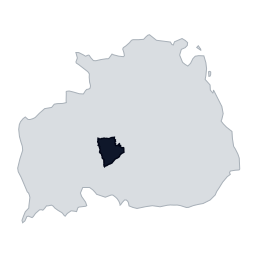 location of Sandan, Kâmpóng Thum, Cambodia, rotated 179°
{"feature_id": "14789045B38871502259240", "entity_name": "Sandan", "entity_type": "district", "adm_level": 2, "iso_a3": "KHM", "parent_name": "Cambodia", "parent_adm1": "Kâmpóng Thum", "projection": "albers", "projection_center": [105.429, 13.113], "detail": "fine", "context": "in_parent", "style": "filled", "palette": "ink", "viewbox_px": 256, "rotation_deg": 179, "n_neighbors": 0, "source": "geoboundaries", "source_scale": "gbopen_adm2", "svg_char_len": 6510}
<svg xmlns="http://www.w3.org/2000/svg" viewBox="0 0 256 256"><g transform="rotate(179 128 128)"><path d="M235.0,35.1L235.6,37.5L233.9,42.0L232.1,46.1L228.6,49.7L228.4,52.3L227.3,60.2L227.8,62.7L228.6,64.8L229.8,65.9L232.9,73.6L235.7,80.5L238.5,86.2L239.0,89.8L236.6,99.0L233.7,107.5L234.0,111.7L235.3,115.9L236.7,121.5L237.3,128.6L236.6,133.3L235.3,136.2L232.7,139.2L230.5,140.8L227.8,138.3L225.7,138.2L222.9,139.0L220.6,140.1L216.1,144.5L211.0,148.8L204.0,149.9L201.3,153.1L198.4,153.6L192.8,153.7L189.2,154.5L189.4,156.1L189.1,163.6L189.2,165.3L188.6,165.8L186.1,166.0L181.9,164.9L176.1,163.1L172.0,162.8L169.9,166.0L168.6,167.3L167.1,167.5L165.5,168.1L164.9,169.6L164.8,171.4L165.6,174.5L165.9,179.4L165.7,182.8L167.2,185.0L176.0,192.1L178.6,193.9L178.9,195.0L177.4,198.9L178.8,204.4L176.0,204.3L171.4,201.9L169.2,200.5L166.5,201.6L165.6,201.4L163.8,198.7L161.4,196.0L159.0,195.8L153.8,196.9L148.6,197.6L146.6,197.6L145.8,198.1L142.7,202.2L141.4,201.5L136.1,200.0L131.3,199.4L130.3,200.4L130.9,203.8L131.9,207.0L131.3,208.4L128.7,210.1L125.1,213.2L123.0,215.6L121.5,216.2L116.1,216.1L110.8,216.4L108.7,218.6L106.6,220.4L104.9,220.9L98.0,215.2L84.1,213.2L82.7,210.7L81.3,210.2L80.0,213.4L72.4,216.5L69.3,214.6L66.9,212.3L67.3,209.5L69.5,207.3L73.3,205.7L75.1,200.0L72.3,192.7L69.8,190.6L67.1,188.9L64.3,191.6L61.9,196.2L59.5,198.6L56.0,199.1L50.9,198.8L49.0,191.9L48.4,186.0L49.2,179.2L50.0,175.2L45.2,169.6L45.0,164.4L42.6,161.6L41.9,163.0L42.0,164.5L41.3,163.4L33.8,147.9L32.6,140.7L34.0,135.2L34.8,133.3L32.6,130.4L29.5,127.1L24.1,122.7L23.8,115.8L22.7,107.8L21.0,105.0L18.6,100.0L17.3,95.9L17.0,85.0L17.7,84.1L21.5,83.9L26.5,83.2L27.3,81.4L26.5,79.9L29.7,77.5L34.3,72.2L37.9,66.6L40.4,63.0L42.0,59.5L47.1,54.6L54.2,51.2L59.0,50.4L64.0,49.3L68.8,47.6L71.0,47.5L76.9,49.5L80.1,50.1L83.5,50.1L87.0,50.3L90.0,50.1L97.3,48.7L105.0,49.9L111.9,49.0L120.4,47.4L124.5,48.5L128.3,50.1L128.9,53.4L129.7,54.9L131.0,56.1L132.7,56.1L134.9,53.8L136.7,51.4L137.3,51.0L137.4,52.2L138.3,54.7L139.9,57.3L141.5,59.0L144.3,61.2L146.0,61.3L151.9,59.2L160.6,62.3L161.6,63.8L164.4,66.9L167.5,69.2L174.3,69.3L176.7,63.8L175.6,60.4L171.7,54.6L170.6,51.1L171.8,50.5L178.4,49.8L179.5,49.1L180.9,45.3L182.7,45.7L186.3,46.2L190.2,43.6L192.4,40.9L193.7,42.1L195.0,44.0L196.5,45.1L199.3,46.8L202.4,49.1L204.3,51.3L205.8,52.2L209.7,51.5L210.8,51.6L213.0,48.8L214.6,47.3L215.9,47.8L217.9,47.7L222.0,44.2L224.3,41.0L225.5,40.1L229.2,41.6L230.6,41.3L232.7,36.9L235.0,35.1ZM46.5,182.8L45.8,183.2L45.0,183.1L44.3,182.5L44.4,180.0L45.0,178.5L46.2,178.2L46.5,182.8ZM57.9,207.3L56.3,209.0L53.9,205.5L53.9,204.5L57.9,207.3Z" fill="#d9dde1" stroke="#a8b0b8" stroke-width="1"/><path d="M132.8,108.4L133.3,108.4L133.9,108.4L134.7,108.3L134.8,108.4L135.0,108.5L135.2,108.8L135.3,108.9L135.4,109.0L135.5,109.1L135.7,109.3L135.9,109.4L135.9,109.5L136.1,109.5L136.3,109.6L136.3,109.8L136.4,110.1L136.5,110.2L136.4,110.3L136.5,110.3L136.4,110.4L136.5,110.4L136.6,110.5L136.8,110.6L137.0,110.7L137.0,110.9L137.1,111.0L136.8,111.3L136.7,111.4L136.7,111.7L136.8,111.7L136.9,111.8L137.0,112.0L137.0,112.3L137.2,112.2L137.1,111.9L137.1,111.6L137.3,111.5L137.4,111.4L137.5,111.4L137.7,111.5L137.8,111.5L137.9,111.4L138.0,111.3L138.1,111.2L138.3,110.9L138.6,110.8L138.9,110.7L139.1,110.7L139.4,110.7L139.8,110.6L140.1,110.6L140.6,110.6L140.8,111.0L140.9,111.3L141.0,111.7L141.0,111.8L140.9,112.2L140.8,112.6L141.0,112.6L141.3,112.7L141.4,112.8L141.4,113.3L141.4,113.9L141.2,114.5L140.8,114.9L140.9,115.0L141.0,115.1L141.1,115.4L141.1,115.5L141.1,115.8L140.8,116.2L140.8,116.3L141.0,116.4L141.3,116.7L141.5,116.8L141.8,117.3L141.9,117.8L142.0,118.3L142.0,118.5L141.8,118.7L141.8,118.8L142.0,118.7L142.2,118.8L142.4,118.6L142.7,118.6L142.8,118.6L143.1,118.8L143.2,118.7L143.3,118.7L143.5,118.7L143.9,118.7L144.1,118.7L144.4,118.7L144.7,118.7L144.9,118.7L145.0,118.6L145.4,118.4L145.7,118.3L146.0,118.2L146.3,118.0L146.4,117.9L146.7,117.6L146.8,117.6L147.0,117.7L147.4,117.7L147.6,117.7L147.9,117.7L148.3,117.7L148.6,117.9L149.0,117.9L149.3,117.9L149.5,117.9L149.6,118.0L149.8,118.0L150.1,117.9L150.3,117.9L150.5,117.9L150.8,117.9L151.0,117.9L151.0,118.0L151.3,118.1L151.5,118.2L151.8,118.1L152.0,118.2L152.5,118.2L153.0,118.0L153.1,117.9L153.2,118.0L153.5,117.8L153.8,117.9L154.1,117.9L154.3,117.9L154.6,117.9L154.8,117.7L154.9,117.8L155.0,117.8L155.1,117.7L155.3,117.6L155.5,117.5L155.6,117.4L155.8,117.3L156.0,117.4L156.3,117.3L156.5,117.4L156.8,117.4L157.0,117.4L157.1,117.5L157.2,117.9L157.3,117.9L157.3,118.0L157.6,118.1L157.8,118.1L158.1,118.2L158.1,117.9L158.1,117.7L158.3,117.4L158.2,117.0L158.0,116.9L157.9,116.7L157.8,116.4L158.1,116.1L158.3,115.8L158.4,115.5L158.5,115.1L158.4,114.6L158.4,114.4L158.2,114.0L158.1,113.6L157.9,113.5L157.4,113.4L157.3,113.2L157.1,112.7L157.1,112.4L157.3,112.3L157.4,112.2L157.7,112.1L157.8,111.7L158.0,111.5L158.0,111.3L158.1,111.2L157.8,110.9L157.4,110.5L157.1,110.4L156.8,110.3L156.6,110.0L156.6,109.9L156.6,109.7L156.9,109.1L156.9,108.9L156.7,108.5L156.5,107.8L156.2,107.0L156.2,106.8L156.1,106.6L156.3,106.4L156.4,106.0L156.4,105.8L156.5,105.7L156.5,105.4L156.6,105.2L156.7,104.9L156.8,104.7L156.8,104.3L156.7,104.2L156.4,104.0L156.4,103.7L156.2,103.5L155.8,103.3L155.6,103.1L155.4,103.1L155.3,102.8L155.2,102.7L154.8,102.1L154.8,101.7L154.7,101.3L154.6,100.9L154.3,100.1L154.2,99.8L154.2,99.6L154.3,99.2L154.3,98.9L154.3,98.7L154.2,98.3L153.4,97.5L152.6,97.1L152.6,96.9L152.7,96.5L152.7,96.3L152.7,96.2L152.7,95.9L152.7,95.7L152.6,95.4L152.7,95.2L152.6,94.8L152.5,94.5L152.5,94.4L152.7,94.2L152.6,93.7L152.5,93.3L152.5,93.2L152.6,92.9L152.6,92.7L152.7,92.3L152.7,92.1L152.7,91.9L152.7,91.5L152.7,91.3L152.5,91.2L152.5,90.9L152.4,90.6L152.5,90.3L152.5,90.2L152.4,90.1L152.2,89.9L152.1,89.7L151.9,89.9L151.9,90.1L151.6,90.4L151.4,90.4L150.5,90.7L150.4,90.7L149.7,90.9L149.6,91.0L149.2,91.3L148.7,91.6L148.4,91.8L148.1,91.9L147.8,92.1L147.3,92.2L147.0,92.4L146.3,92.5L145.8,92.8L145.0,93.2L144.6,93.4L144.4,93.6L144.2,94.1L144.0,94.3L143.8,94.4L143.6,94.8L143.1,95.2L142.9,95.4L142.7,95.8L142.4,96.0L142.1,96.4L141.4,97.1L141.3,97.3L141.1,97.4L140.9,97.5L139.9,97.9L139.5,98.0L139.2,98.2L139.1,98.3L138.8,98.5L138.4,98.6L137.6,99.2L137.3,99.5L137.1,99.8L137.0,100.0L136.8,100.5L136.7,100.7L136.6,101.0L136.3,101.4L136.0,101.6L135.5,102.1L135.1,102.4L134.8,102.6L134.6,102.8L133.8,103.2L133.2,103.5L132.5,103.9L132.6,104.7L132.6,105.3L132.7,105.9L132.7,106.1L132.6,106.3L132.6,106.5L132.7,107.1L132.7,107.3L132.6,107.7L132.6,107.9L132.7,108.2L132.8,108.4Z" fill="#0f172a" stroke="#020617" stroke-width="1.5"/></g></svg>